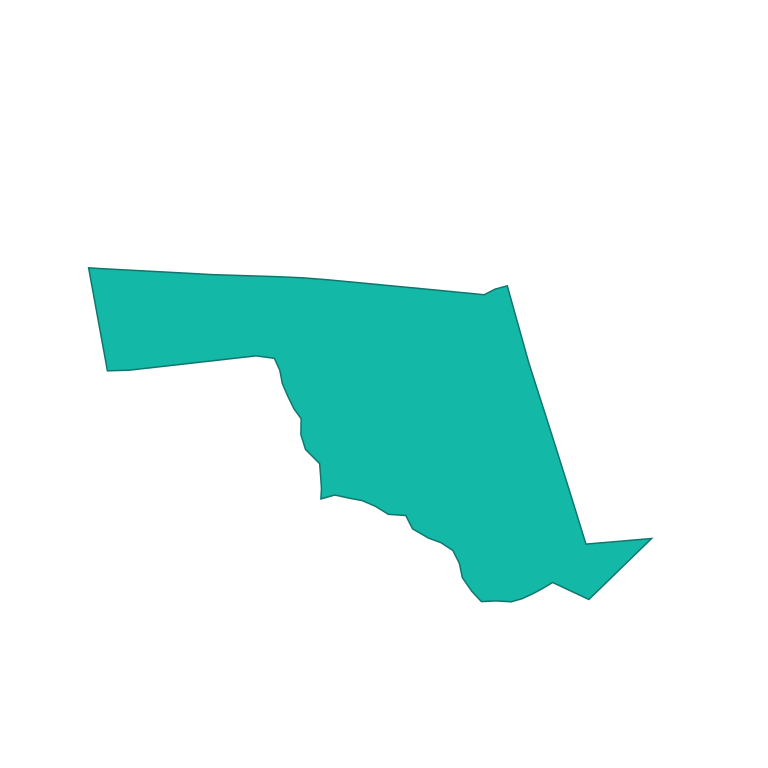 the district of Lagoa da Canoa, Alagoas, Brazil, rotated 306°
{"feature_id": "56859067B28703074809600", "entity_name": "Lagoa da Canoa", "entity_type": "district", "adm_level": 2, "iso_a3": "BRA", "parent_name": "Brazil", "parent_adm1": "Alagoas", "projection": "mercator", "projection_center": [-36.746, -9.794], "detail": "fine", "context": "isolated", "style": "filled", "palette": "teal", "viewbox_px": 768, "rotation_deg": 306, "n_neighbors": 0, "source": "geoboundaries", "source_scale": "gbopen_adm2", "svg_char_len": 816}
<svg xmlns="http://www.w3.org/2000/svg" viewBox="0 0 768 768"><g transform="rotate(306 384 384)"><path d="M304.4,76.7L232.1,152.5L245.2,169.5L331.6,264.0L340.3,280.2L333.9,291.6L324.6,301.5L317.6,313.3L311.0,325.8L307.2,337.4L294.2,346.5L284.9,359.0L281.7,378.8L271.1,387.8L262.6,394.9L253.9,400.5L265.2,409.4L271.3,423.2L276.8,434.8L280.0,449.0L281.1,464.1L290.4,478.9L283.6,492.3L285.5,510.6L289.1,523.3L289.8,537.5L283.2,550.4L273.4,561.2L267.9,576.9L265.2,590.7L274.5,602.3L282.6,615.0L291.9,622.2L304.0,628.8L313.1,633.1L322.5,637.0L325.6,653.0L330.1,676.4L416.3,691.3L373.2,641.5L408.0,595.0L443.8,546.6L475.9,502.8L486.5,488.4L535.9,426.0L526.2,418.2L515.1,412.6L493.5,375.8L435.6,277.8L422.0,255.6L406.3,231.9L372.1,181.6L309.9,85.5L304.4,76.7Z" fill="#14b8a6" stroke="#0f766e" stroke-width="1.5"/></g></svg>